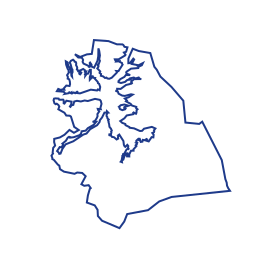 Alta nor, Finnmark, Norway (Mercator projection), rotated 344°
{"feature_id": "86288312B22085656530390", "entity_name": "Alta nor", "entity_type": "district", "adm_level": 2, "iso_a3": "NOR", "parent_name": "Norway", "parent_adm1": "Finnmark", "projection": "mercator", "projection_center": [23.025, 70.046], "detail": "fine", "context": "isolated", "style": "outline", "palette": "blue", "viewbox_px": 256, "rotation_deg": 344, "n_neighbors": 0, "source": "geoboundaries", "source_scale": "gbopen_adm2", "svg_char_len": 5729}
<svg xmlns="http://www.w3.org/2000/svg" viewBox="0 0 256 256"><g transform="rotate(344 128 128)"><path d="M50.6,126.5L48.7,131.1L48.9,131.8L46.8,133.5L47.0,135.9L46.7,137.0L47.9,138.1L50.5,143.9L51.6,145.2L51.3,148.8L54.4,152.3L64.0,157.3L66.9,156.8L71.6,158.6L74.0,162.7L67.7,169.2L70.0,171.5L74.4,172.1L75.6,175.5L74.5,176.0L70.9,181.7L67.9,188.3L74.7,193.2L76.2,198.3L74.8,204.3L77.5,210.0L92.2,221.9L98.6,216.9L103.5,210.5L124.6,212.5L137.8,207.2L150.9,206.3L208.7,216.5L207.7,213.3L207.3,210.7L207.8,207.7L207.5,204.0L209.3,184.7L201.1,142.4L197.6,143.7L184.7,138.6L188.7,117.0L181.1,100.5L173.3,87.5L171.7,79.9L170.2,76.4L170.1,62.1L159.6,57.0L154.4,53.1L147.5,61.4L146.2,65.8L147.8,66.1L152.2,62.8L152.8,63.8L149.3,67.5L154.6,70.2L154.1,70.5L154.3,70.8L160.2,69.7L158.6,71.5L155.1,72.0L154.4,73.2L147.3,71.8L142.1,73.5L141.6,74.0L141.6,75.3L144.7,77.7L140.5,76.5L138.6,77.9L134.1,78.9L131.8,80.3L131.5,81.3L133.6,82.8L137.8,82.9L140.6,81.6L143.6,82.1L142.7,81.2L143.5,80.8L147.5,81.1L147.8,81.4L147.2,81.8L147.8,82.5L152.2,82.4L152.4,82.9L152.1,83.5L154.3,84.6L147.3,82.7L144.0,84.2L144.2,86.0L143.7,86.2L143.4,85.5L142.1,86.3L138.0,86.1L131.7,88.4L128.4,87.3L127.9,89.1L126.2,88.8L128.3,90.3L128.4,92.4L131.3,95.2L133.8,96.3L140.2,96.4L141.7,97.2L137.2,98.6L133.1,98.8L134.5,101.2L133.4,101.8L137.2,105.5L138.0,107.5L141.8,110.0L141.3,111.1L142.3,112.6L141.2,113.2L140.3,115.7L139.6,116.5L137.7,114.6L137.3,114.8L137.7,115.7L136.9,116.2L130.2,115.6L127.2,117.7L122.5,119.2L123.9,121.5L126.5,123.4L126.4,124.6L129.6,127.5L129.6,128.2L133.7,130.0L138.7,134.2L140.8,134.6L143.2,133.1L151.2,133.5L154.2,136.0L152.3,137.4L152.4,138.2L151.8,139.2L150.0,139.5L150.8,141.5L149.8,144.0L148.2,143.3L144.2,146.6L141.0,144.5L143.0,144.0L142.8,143.7L140.6,144.3L139.0,143.5L138.1,145.1L136.4,144.9L136.3,143.6L135.2,142.7L136.4,142.7L136.3,141.6L135.1,141.2L132.5,142.5L132.2,143.4L132.7,144.5L131.9,144.6L132.4,145.1L132.1,145.9L130.6,146.7L131.1,147.7L127.3,150.1L127.1,151.3L124.6,150.7L121.9,153.8L121.4,155.7L119.3,155.0L119.7,153.9L120.0,154.5L120.6,153.8L120.6,152.2L119.6,152.0L117.2,153.8L116.0,153.6L116.6,154.4L114.8,157.1L113.0,157.6L112.8,159.2L111.7,158.4L112.9,157.5L114.9,153.4L115.8,153.4L115.6,152.7L116.1,151.7L117.1,151.8L120.7,148.3L121.9,147.9L123.2,148.9L122.4,147.5L123.3,145.4L122.7,144.0L120.3,145.4L119.7,144.8L119.4,143.0L120.0,139.3L117.8,131.9L116.7,132.3L117.1,132.7L116.1,133.5L115.5,134.9L115.6,135.5L113.9,135.9L111.9,132.9L110.2,132.2L109.7,130.7L108.1,129.8L108.3,129.0L110.0,129.2L110.9,127.5L110.8,126.8L111.7,126.0L111.4,123.9L110.5,121.8L110.9,119.1L110.9,116.7L111.2,116.3L111.0,115.1L111.8,114.5L110.9,113.2L111.1,111.7L110.7,110.9L111.0,109.4L112.1,108.3L111.7,107.4L113.2,107.7L112.3,106.0L111.6,107.4L109.6,106.7L106.0,110.7L103.2,112.7L102.4,114.3L99.1,116.8L91.3,118.7L86.6,121.9L83.3,122.0L71.7,125.7L63.5,126.5L59.2,130.0L56.1,134.0L54.8,133.9L54.7,132.7L53.5,130.6L57.1,127.5L58.4,128.1L60.9,126.7L61.0,125.8L60.6,125.0L64.7,123.2L67.4,120.7L68.9,120.2L69.7,120.7L69.3,120.9L69.5,121.3L73.4,121.9L79.3,121.5L81.2,120.6L82.6,118.4L86.6,118.9L89.3,117.1L95.8,115.5L99.1,113.3L95.7,112.4L98.3,112.0L100.6,110.0L102.0,108.3L102.4,106.2L105.0,104.1L104.2,102.4L104.2,101.3L107.0,102.4L106.9,101.3L109.2,97.5L109.3,94.5L108.7,93.2L104.3,90.9L96.8,91.0L93.9,89.6L90.0,89.5L86.4,87.8L83.6,87.7L81.8,90.7L79.9,90.6L78.5,91.8L78.1,91.3L79.9,89.6L81.0,87.1L76.3,84.8L73.6,87.0L73.0,86.5L73.8,83.7L73.5,82.9L69.7,81.9L69.4,80.6L66.3,79.5L65.0,79.4L64.1,80.8L64.1,84.0L65.1,85.2L66.2,85.0L67.4,86.6L67.9,88.4L66.2,90.8L71.1,95.8L72.1,99.0L75.3,100.1L76.3,101.3L76.6,112.1L80.1,116.4L74.7,117.7L71.2,113.7L65.1,117.0L59.9,118.3L54.1,118.1L53.1,121.2L53.1,124.8L50.6,126.5ZM97.3,42.5L99.6,46.5L103.1,47.7L103.6,50.2L102.6,51.9L103.0,53.8L107.1,57.3L107.1,58.2L107.5,58.6L109.0,58.4L109.1,55.0L109.6,54.7L110.4,57.0L109.9,58.9L112.0,60.7L117.1,55.1L119.2,50.8L121.5,43.3L121.6,46.0L121.0,50.5L119.3,54.0L119.5,55.7L117.2,58.8L116.5,58.7L116.2,59.5L116.7,60.1L116.5,60.9L114.9,62.3L116.9,65.9L116.0,66.8L115.9,67.4L117.0,68.6L116.3,70.3L118.4,71.6L119.7,73.6L121.2,73.6L121.8,74.7L123.5,75.5L126.2,75.2L132.0,72.0L132.7,71.5L132.8,70.8L132.5,70.0L134.5,70.7L140.3,65.6L140.0,64.7L140.1,63.8L138.2,62.1L138.5,61.5L134.7,60.8L135.7,59.4L134.4,59.2L134.3,58.4L137.9,59.4L145.4,57.4L145.8,56.8L144.9,54.3L147.2,54.2L149.7,50.3L147.0,49.0L146.4,46.9L145.7,46.1L140.4,44.5L133.2,39.1L119.5,34.1L113.6,46.8L108.8,45.9L101.6,46.5L97.3,42.5ZM69.8,73.0L76.2,75.4L77.2,77.5L76.7,77.8L80.6,78.2L81.4,77.5L82.3,78.4L83.6,78.1L83.4,79.3L83.7,79.4L85.7,78.9L86.8,80.0L89.1,79.1L89.3,79.3L88.8,80.4L91.4,81.5L102.8,80.9L108.6,83.4L109.7,82.6L111.1,83.9L112.6,80.9L112.4,77.6L111.5,76.6L111.6,75.3L109.6,71.3L110.1,70.8L108.4,70.0L108.4,68.6L107.6,68.3L106.6,69.9L104.6,71.1L105.3,68.5L107.2,65.8L108.3,61.8L107.3,61.5L104.6,64.7L103.3,64.5L101.4,66.0L101.8,65.0L101.4,64.6L103.4,62.1L102.1,61.9L102.5,60.6L101.2,58.9L98.5,59.4L97.9,60.6L97.8,59.6L97.1,59.4L96.9,61.2L98.2,62.1L96.9,63.3L96.3,62.9L96.2,61.9L96.7,61.3L96.7,60.3L95.7,59.8L95.4,58.0L95.0,57.6L95.8,56.2L95.8,55.0L95.4,53.3L96.1,51.4L96.0,50.2L95.0,49.6L94.9,48.6L94.0,47.2L91.6,47.7L90.0,49.1L90.4,50.9L90.3,55.5L90.7,56.5L90.1,59.0L88.8,60.7L88.4,63.2L88.0,62.2L89.0,57.0L88.5,55.3L88.6,54.1L87.8,52.1L87.9,48.1L86.6,46.8L86.0,50.1L86.3,54.5L86.8,55.9L86.4,57.8L86.8,58.1L84.0,60.4L84.3,62.4L83.6,63.9L84.9,65.0L84.9,67.3L84.4,69.9L83.4,71.5L80.4,70.2L77.4,72.1L77.4,73.6L75.5,72.7L74.2,73.1L71.7,71.2L69.8,73.0ZM130.9,104.4L127.3,104.1L125.2,105.1L125.6,105.6L125.3,106.3L125.5,107.6L127.5,109.3L130.4,109.2L130.7,108.9L130.4,108.8L130.5,107.7L130.0,107.4L130.3,106.9L134.7,106.7L130.9,104.4Z" fill="none" stroke="#1e3a8a" stroke-width="2"/></g></svg>